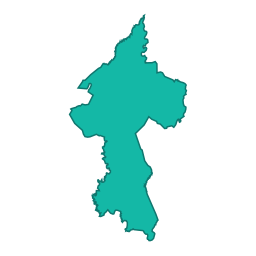 outline of Bougouni, Sikasso, Mali
{"feature_id": "8926073B95704920034733", "entity_name": "Bougouni", "entity_type": "district", "adm_level": 2, "iso_a3": "MLI", "parent_name": "Mali", "parent_adm1": "Sikasso", "projection": "equal_earth", "projection_center": [-7.39, 11.295], "detail": "fine", "context": "isolated", "style": "filled", "palette": "teal", "viewbox_px": 256, "rotation_deg": 0, "n_neighbors": 0, "source": "geoboundaries", "source_scale": "gbopen_adm2", "svg_char_len": 5837}
<svg xmlns="http://www.w3.org/2000/svg" viewBox="0 0 256 256"><path d="M127.4,38.0L126.3,38.5L126.5,39.0L126.4,39.4L125.1,38.8L124.0,39.4L124.0,40.1L123.4,39.4L122.8,40.4L121.9,40.3L121.9,40.7L122.6,41.3L122.2,41.6L121.6,42.1L120.9,41.7L120.1,42.1L120.0,41.7L119.5,43.3L118.3,43.3L117.9,43.8L117.5,45.4L116.8,45.1L116.3,46.6L116.1,46.6L115.5,48.0L116.0,48.2L115.6,48.8L115.8,49.3L115.6,49.9L115.7,50.6L115.0,51.0L114.8,51.6L115.7,51.8L115.4,52.7L115.6,53.2L115.2,53.9L115.5,56.2L114.8,56.7L114.9,57.2L114.4,57.6L114.4,58.2L113.5,58.7L113.5,59.6L112.2,60.2L111.8,59.9L111.5,60.8L110.8,60.9L110.0,61.7L110.5,61.7L110.4,62.5L109.1,63.4L108.9,64.1L108.6,64.4L108.3,64.0L107.9,64.7L107.4,64.7L106.5,64.0L105.7,63.9L105.4,64.2L104.2,63.9L104.1,63.5L103.2,63.6L100.7,67.4L98.5,68.4L90.7,74.7L85.2,80.2L83.0,80.3L82.6,81.5L78.1,88.0L86.8,88.8L87.6,87.9L88.9,84.9L89.2,83.7L90.1,83.4L91.0,83.9L91.4,85.0L89.7,88.9L88.9,89.6L88.2,91.8L93.1,95.2L88.5,104.4L85.1,104.9L82.2,104.1L80.5,105.9L79.2,105.7L77.0,106.5L76.1,107.3L71.2,108.7L70.8,109.0L71.8,110.1L71.9,110.6L69.6,114.4L74.7,123.4L82.4,130.3L83.5,134.2L85.0,136.6L87.6,137.1L90.0,136.8L96.4,134.3L99.2,135.8L100.3,135.5L104.5,137.1L104.2,138.4L104.6,140.5L105.3,141.3L106.7,140.9L106.9,141.4L104.7,143.1L104.8,144.1L104.3,146.6L103.4,146.5L103.0,147.1L102.6,147.1L102.6,148.1L103.5,149.3L104.2,152.0L104.6,151.9L104.7,152.5L104.5,152.8L101.8,153.2L101.6,153.9L103.9,154.2L104.4,155.6L105.7,157.0L105.0,157.8L103.9,157.6L102.5,158.5L102.5,158.9L104.4,160.3L105.5,163.5L107.7,163.6L108.0,164.5L107.7,165.1L107.0,165.0L106.5,165.9L106.6,167.7L107.2,168.5L107.9,168.7L108.5,168.1L109.3,168.2L109.3,170.0L110.4,170.5L110.4,172.3L109.0,173.9L106.8,172.9L106.4,173.2L106.3,173.5L106.6,174.7L105.5,176.2L105.5,177.0L104.6,176.7L104.5,177.4L104.8,178.5L104.1,179.0L104.3,179.8L105.0,180.3L104.9,180.8L104.3,181.0L103.7,182.1L102.4,182.2L102.1,181.7L101.8,179.6L101.3,180.4L101.3,181.8L99.1,180.9L98.4,179.9L97.8,180.1L98.0,181.8L99.6,183.3L99.5,184.7L98.2,185.9L97.6,188.2L98.7,189.3L99.3,190.7L96.4,190.6L96.3,192.1L96.5,193.0L95.1,193.6L94.6,193.3L94.9,193.8L96.4,194.2L96.3,194.9L95.8,195.6L95.2,195.8L94.3,194.5L93.1,194.3L93.0,196.1L92.3,195.8L92.7,197.4L92.7,198.1L94.0,198.4L94.6,199.6L93.7,199.6L93.2,200.7L95.0,202.0L95.4,201.7L96.0,201.9L96.1,202.3L95.7,202.9L94.9,203.0L94.2,202.7L94.2,203.9L94.6,204.1L95.1,203.7L96.1,204.1L96.1,205.0L96.4,205.3L97.2,204.7L97.8,205.2L96.9,206.1L97.1,206.7L96.4,207.1L96.3,209.1L96.8,208.9L96.8,209.1L96.4,209.9L95.9,209.4L95.6,210.1L96.9,210.8L97.6,210.2L98.6,210.6L98.9,210.8L98.7,211.3L98.1,210.9L97.9,211.0L98.0,211.5L98.8,211.8L99.5,213.4L100.7,213.0L100.5,213.6L99.9,214.1L100.0,215.0L99.4,216.3L100.7,216.5L103.9,215.1L104.3,213.4L106.1,211.9L107.8,209.8L110.6,213.2L113.0,214.1L113.9,213.8L114.7,211.5L115.4,210.4L116.0,210.1L117.9,210.4L120.7,211.5L120.7,212.9L121.3,213.6L120.5,214.1L120.4,214.8L120.8,215.2L120.3,215.3L120.7,216.3L120.4,216.5L121.0,217.1L121.2,218.6L121.7,218.6L121.7,219.4L122.2,219.8L122.1,221.1L121.6,221.1L121.7,221.6L122.4,221.6L122.6,222.1L123.2,221.2L124.9,220.4L125.6,220.8L126.3,220.7L127.3,222.4L127.3,225.3L126.8,228.1L125.2,229.1L125.2,229.6L126.0,230.3L125.9,230.8L126.5,230.4L127.2,231.3L128.3,231.1L129.0,231.6L129.7,231.2L130.4,230.1L132.4,229.6L133.1,228.9L133.9,229.6L142.9,230.6L143.7,231.3L144.2,232.6L145.0,233.5L145.9,234.2L147.2,234.2L147.6,234.7L147.8,236.1L147.2,238.1L147.5,239.2L148.3,239.4L149.1,240.6L150.4,240.6L152.2,239.9L153.6,238.3L154.8,233.8L154.3,232.9L152.1,231.3L152.3,229.4L154.3,226.7L154.8,224.9L155.7,224.8L156.0,223.0L157.0,221.6L157.2,220.7L158.0,220.1L155.9,214.3L147.3,194.6L146.6,192.4L146.9,191.8L146.4,191.4L146.5,190.9L146.2,190.5L146.4,190.1L145.8,188.6L146.0,188.3L145.2,186.7L144.3,186.7L144.3,186.4L144.4,185.4L145.1,185.0L145.5,185.2L145.5,184.4L145.2,184.2L145.9,184.1L145.8,183.5L146.6,182.5L146.2,181.4L147.0,180.9L147.5,179.4L148.1,179.3L148.7,178.5L148.0,178.5L148.1,178.1L148.8,177.5L149.5,177.8L149.6,176.2L150.2,176.6L151.0,174.7L151.8,174.7L151.7,173.3L152.2,173.2L152.2,172.9L151.4,172.5L151.7,171.7L151.5,169.8L150.2,167.0L147.9,165.5L144.7,160.8L142.1,150.0L140.7,149.0L135.4,133.5L144.1,125.0L148.8,116.7L151.7,119.2L156.6,121.4L157.4,123.4L160.3,124.1L164.6,128.5L166.6,128.3L167.2,126.8L171.8,125.8L173.8,127.3L175.7,124.7L176.8,121.3L177.6,119.8L178.3,119.2L178.9,119.5L178.9,120.7L179.5,122.2L180.5,121.7L180.8,120.7L180.4,120.1L180.4,118.9L184.0,116.3L183.4,115.3L183.7,113.5L185.0,112.1L185.8,109.2L185.9,107.1L184.3,106.1L183.9,105.5L183.3,103.5L183.0,100.2L183.0,99.6L183.9,98.0L183.5,96.3L185.3,94.6L186.0,94.4L185.5,93.0L186.4,90.6L185.3,89.0L185.6,87.7L185.5,86.8L186.1,85.3L185.9,84.6L184.8,83.5L183.0,82.6L180.3,81.9L178.9,80.9L178.2,81.2L177.7,79.8L177.2,80.2L175.6,79.6L174.2,81.7L172.9,79.9L164.7,76.5L162.5,72.8L160.6,72.0L157.0,72.8L156.9,63.8L155.2,61.6L152.1,62.7L145.9,62.9L146.1,62.6L145.8,62.2L145.1,62.1L145.1,61.0L146.5,58.9L146.5,57.6L145.5,57.2L144.7,55.5L143.1,56.3L142.1,55.9L141.5,55.4L141.3,53.7L141.5,53.0L142.3,52.1L144.0,52.4L146.1,50.4L146.7,48.5L146.3,47.7L145.7,47.3L145.0,47.4L143.8,48.4L143.3,47.7L143.0,46.9L143.1,46.2L143.7,45.5L143.9,45.9L145.4,45.5L145.8,44.1L148.0,42.4L147.7,39.9L146.8,39.0L145.1,39.0L144.5,38.2L144.7,37.1L146.3,34.5L146.8,32.7L146.7,31.9L146.1,31.3L144.7,31.1L143.9,29.8L143.6,28.5L144.4,26.6L143.8,24.2L142.8,23.1L142.7,22.0L143.9,19.3L144.3,17.3L143.9,16.2L144.2,15.4L143.5,15.8L143.3,17.3L142.5,18.5L141.8,18.9L141.5,18.4L141.1,18.6L140.7,19.8L140.1,20.3L139.8,21.6L139.5,21.7L139.3,22.6L139.6,23.1L139.1,23.5L139.1,24.5L137.8,25.0L135.9,24.7L134.8,26.1L134.3,25.9L134.6,27.1L133.2,27.4L133.0,28.4L132.6,28.7L131.8,31.1L132.2,32.5L131.6,33.4L131.7,34.4L130.8,33.8L130.0,35.1L129.7,37.2L129.0,36.5L128.5,37.1L127.4,37.5L127.4,38.0Z" fill="#14b8a6" stroke="#0f766e" stroke-width="1.5"/></svg>